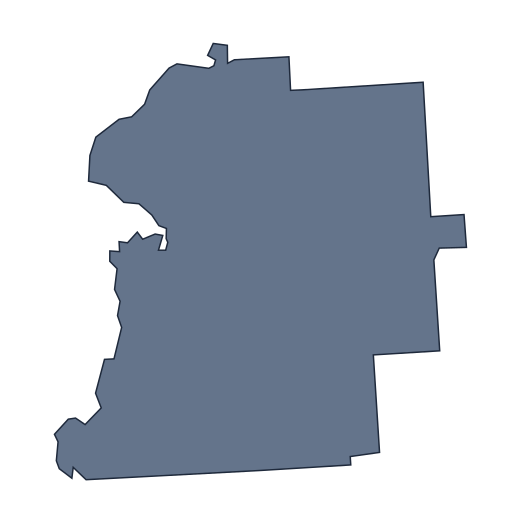 the district of Marengo, Alabama, United States of America, rotated 357°
{"feature_id": "52423323B21011437681534", "entity_name": "Marengo", "entity_type": "district", "adm_level": 2, "iso_a3": "USA", "parent_name": "United States of America", "parent_adm1": "Alabama", "projection": "albers", "projection_center": [-87.905, 32.269], "detail": "fine", "context": "isolated", "style": "filled", "palette": "slate", "viewbox_px": 512, "rotation_deg": 357, "n_neighbors": 0, "source": "geoboundaries", "source_scale": "gbopen_adm2", "svg_char_len": 991}
<svg xmlns="http://www.w3.org/2000/svg" viewBox="0 0 512 512"><g transform="rotate(357 256 256)"><path d="M74.6,470.5L249.8,470.4L339.7,469.6L339.6,461.2L369.1,458.6L368.0,360.9L434.5,360.3L433.4,269.2L439.4,257.7L466.6,258.4L465.9,225.5L432.6,225.9L432.0,91.2L311.1,92.5L299.2,92.4L299.3,58.8L244.7,58.9L237.7,62.1L238.4,44.1L224.4,41.5L218.2,53.1L225.9,58.1L223.9,63.8L218.7,66.1L187.1,60.0L179.0,63.8L158.6,84.6L152.7,98.6L139.1,110.5L126.4,112.3L102.3,128.9L95.4,146.9L92.7,172.5L110.2,177.6L126.8,195.5L141.8,197.7L154.1,209.6L160.6,220.6L168.0,223.8L167.2,234.0L168.6,237.7L166.1,245.5L158.9,245.1L164.0,230.6L156.4,228.8L143.7,233.3L138.7,225.9L128.4,236.1L120.0,234.5L120.0,244.5L110.3,243.3L109.7,253.6L116.6,261.4L113.0,282.0L117.9,294.1L114.6,308.3L118.1,320.3L108.8,351.3L99.3,351.3L88.6,384.6L93.5,399.6L76.5,415.4L67.3,408.4L60.0,409.1L45.4,423.5L48.6,431.2L45.9,450.0L48.4,458.1L60.5,468.3L62.4,457.5L74.6,470.5Z" fill="#64748b" stroke="#1e293b" stroke-width="1.5"/></g></svg>